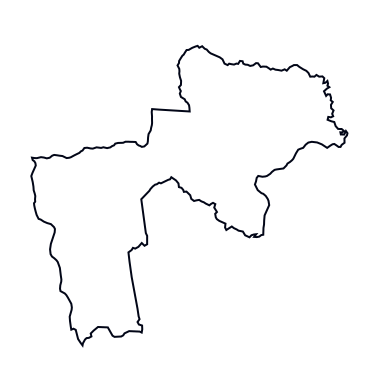 outline of São Bento do Tocantins, Tocantins, Brazil, rotated 176°
{"feature_id": "56859067B59328995641391", "entity_name": "São Bento do Tocantins", "entity_type": "district", "adm_level": 2, "iso_a3": "BRA", "parent_name": "Brazil", "parent_adm1": "Tocantins", "projection": "natural_earth1", "projection_center": [-47.96, -5.95], "detail": "fine", "context": "isolated", "style": "outline", "palette": "ink", "viewbox_px": 384, "rotation_deg": 176, "n_neighbors": 0, "source": "geoboundaries", "source_scale": "gbopen_adm2", "svg_char_len": 4476}
<svg xmlns="http://www.w3.org/2000/svg" viewBox="0 0 384 384"><g transform="rotate(176 192 192)"><path d="M176.2,337.4L178.3,336.9L181.7,335.8L185.4,334.0L187.5,334.0L189.4,331.5L190.7,329.6L192.1,328.6L194.1,325.9L195.7,323.6L196.0,321.5L197.6,319.3L196.1,315.7L196.1,313.4L196.5,310.9L196.0,307.2L195.1,303.6L195.6,299.5L197.7,297.5L196.9,295.2L196.1,293.5L197.3,291.0L196.4,287.6L192.8,285.0L192.0,282.8L190.3,281.4L188.9,278.8L188.7,276.1L188.7,272.5L195.6,273.4L218.5,276.4L226.0,277.5L226.6,274.6L226.6,270.0L226.8,268.0L227.0,263.6L227.4,261.5L228.3,258.8L228.9,256.3L231.3,252.8L232.0,249.5L232.5,245.6L233.1,243.4L236.4,240.8L238.9,240.5L240.4,241.5L242.0,242.2L243.5,243.5L244.7,245.8L247.3,246.1L249.6,246.3L252.1,246.6L254.8,246.8L257.3,245.9L260.1,246.0L262.3,246.1L265.2,245.6L266.5,244.0L268.4,243.4L270.4,242.2L273.6,241.7L275.3,242.2L277.3,242.8L279.6,242.3L284.1,243.2L287.9,242.2L290.0,242.5L293.5,243.5L296.3,243.4L298.3,241.0L300.0,240.3L301.6,238.9L304.6,237.7L307.0,236.7L310.5,235.1L312.2,234.7L314.7,234.6L318.7,236.9L321.8,237.5L323.9,238.0L326.9,238.6L328.9,238.0L331.6,236.1L334.5,235.7L337.3,236.7L340.2,237.3L342.6,236.9L344.3,236.6L346.5,236.8L349.2,237.4L348.7,235.0L347.1,233.6L346.2,231.7L346.0,229.3L349.8,222.2L351.2,219.1L350.2,213.0L349.8,208.4L349.8,204.8L349.0,201.4L348.6,198.9L349.1,195.7L349.1,193.3L350.4,191.8L350.3,189.5L349.9,186.6L349.3,183.3L348.6,180.0L346.9,175.9L344.9,175.1L341.9,172.8L338.6,171.1L335.0,169.8L332.1,166.6L331.3,164.7L331.8,161.3L336.4,150.1L337.6,144.7L337.4,139.9L336.2,137.4L334.0,135.5L332.0,133.4L330.8,131.5L329.1,125.5L328.7,117.8L328.4,113.8L328.7,111.7L329.9,108.1L330.4,104.7L330.1,102.3L326.0,99.7L324.6,98.0L323.2,95.4L320.2,88.9L319.9,85.2L320.3,82.9L322.7,76.2L322.7,71.8L322.3,65.9L322.0,63.1L319.8,63.9L317.6,62.6L315.9,53.3L313.7,49.4L311.9,46.6L311.4,48.6L309.0,52.3L307.4,53.6L305.0,53.7L302.4,54.9L302.9,57.9L299.8,60.6L295.2,63.9L285.4,62.8L281.3,54.2L279.4,52.9L272.7,52.8L270.6,53.8L269.2,55.7L264.4,57.6L253.9,56.4L252.0,55.3L251.2,58.5L251.1,62.3L254.2,63.5L255.4,66.1L253.2,68.8L253.9,71.6L254.5,79.4L258.1,111.3L259.2,127.2L259.6,136.2L256.3,138.3L254.8,140.4L252.6,139.5L249.3,141.0L245.7,144.6L243.1,141.7L240.4,143.0L239.8,151.4L240.9,154.2L243.1,188.3L234.4,196.2L233.3,197.8L230.8,200.2L228.3,201.9L226.5,202.2L224.2,203.6L222.4,202.8L214.9,205.8L213.0,206.2L211.6,208.2L207.2,204.7L204.9,201.5L204.7,197.8L202.2,196.9L200.6,194.7L200.1,192.7L197.5,192.8L194.0,188.9L193.2,185.2L190.6,182.9L187.8,183.4L185.4,183.6L183.3,182.0L180.9,180.9L179.1,179.5L175.6,177.5L173.8,178.8L171.8,179.7L169.6,178.3L170.9,174.9L168.5,170.3L170.4,168.6L170.0,165.0L169.1,163.2L166.8,161.3L160.8,158.1L161.5,154.3L160.4,151.7L157.5,153.3L154.7,154.8L152.7,153.0L150.0,151.5L148.3,150.2L144.0,149.0L142.0,145.1L137.8,142.8L135.7,144.7L133.2,145.3L130.9,145.4L133.1,142.9L130.5,142.5L128.0,142.8L125.9,144.2L123.9,144.4L123.2,151.2L122.4,154.6L122.0,158.5L121.2,163.6L115.9,173.5L116.3,177.9L117.0,179.9L118.7,182.9L121.0,185.2L122.8,186.0L126.3,189.3L128.7,195.1L127.4,198.1L126.5,201.5L124.8,203.4L120.7,202.3L117.8,202.4L116.0,202.8L112.7,204.7L110.8,206.5L108.1,208.3L106.2,208.6L99.1,209.1L95.9,211.9L94.8,213.7L92.2,215.1L90.0,216.7L88.6,218.1L85.6,223.3L83.1,226.8L81.1,227.5L78.0,228.3L75.3,231.3L72.5,233.2L69.0,233.7L63.7,232.7L59.2,230.5L54.1,226.6L50.8,228.6L48.5,229.8L46.7,230.0L44.5,228.3L42.6,226.7L40.7,226.6L39.4,228.6L36.4,230.5L36.2,234.8L33.5,237.6L32.8,239.8L34.2,242.1L36.2,238.7L39.5,239.0L39.8,241.2L37.8,241.0L36.2,242.3L38.3,244.4L41.8,244.7L44.1,247.7L45.2,251.9L48.0,252.8L51.7,254.6L50.8,257.4L48.2,256.8L45.9,257.7L46.7,260.2L45.1,263.5L47.3,265.8L47.3,269.2L45.3,272.0L47.2,273.8L46.7,276.3L47.5,279.7L49.9,280.0L51.5,278.5L53.3,283.3L50.2,285.7L47.7,287.0L49.5,288.6L48.7,290.6L49.2,293.3L51.2,291.7L53.4,291.4L52.1,296.3L53.8,298.2L57.1,298.2L59.7,300.1L61.8,298.5L63.7,298.8L66.0,298.8L67.5,302.6L69.5,304.9L72.6,306.7L76.3,309.4L78.3,311.3L81.5,311.5L83.2,310.7L85.7,309.7L89.0,306.4L91.0,307.9L94.2,306.8L97.6,307.7L100.2,308.2L102.7,309.5L105.0,308.6L106.5,309.9L109.0,311.8L112.5,312.2L114.7,311.9L117.2,315.8L119.1,316.1L122.2,314.1L125.2,313.7L127.5,315.0L130.0,315.4L131.9,316.5L132.4,318.9L135.0,319.4L137.0,316.6L138.7,317.0L141.2,316.2L143.5,316.7L146.0,317.4L147.6,316.1L150.6,317.8L152.3,322.2L154.9,324.4L163.7,329.0L165.5,330.6L167.4,333.1L169.3,334.0L171.7,336.7L174.7,335.4L176.2,337.4Z" fill="none" stroke="#020617" stroke-width="2"/></g></svg>